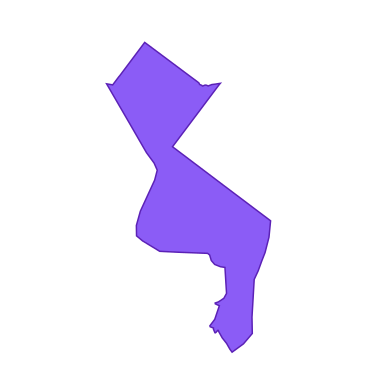 the district of Al Dibab, South Kordufan, Sudan, rotated 217°
{"feature_id": "16777658B84287593257313", "entity_name": "Al Dibab", "entity_type": "district", "adm_level": 2, "iso_a3": "SDN", "parent_name": "Sudan", "parent_adm1": "South Kordufan", "projection": "orthographic", "projection_center": [28.672, 10.319], "detail": "fine", "context": "isolated", "style": "filled", "palette": "violet", "viewbox_px": 384, "rotation_deg": 217, "n_neighbors": 0, "source": "geoboundaries", "source_scale": "gbopen_adm2", "svg_char_len": 1214}
<svg xmlns="http://www.w3.org/2000/svg" viewBox="0 0 384 384"><g transform="rotate(217 192 192)"><path d="M89.7,159.6L91.7,168.9L94.8,179.0L97.2,187.6L103.3,202.2L111.9,216.3L133.7,216.3L159.0,216.3L171.7,216.3L227.6,216.4L234.8,216.4L234.8,218.5L234.9,287.9L234.9,294.1L234.8,295.8L236.2,294.4L238.1,292.4L238.5,292.0L240.8,289.8L241.6,288.5L242.1,287.8L242.6,286.9L242.9,286.4L244.0,286.2L244.7,286.0L245.9,285.3L246.7,284.0L247.2,283.1L247.9,282.9L248.4,283.1L249.0,282.9L249.8,282.7L250.4,282.5L251.1,282.7L251.8,283.1L252.4,283.3L253.3,283.3L271.0,283.2L319.8,283.0L319.7,242.4L319.7,240.9L319.8,240.5L319.8,230.3L319.8,229.8L320.1,229.7L325.3,227.0L286.9,210.8L252.0,196.0L239.7,192.3L232.9,188.5L229.0,179.1L221.7,145.6L216.3,131.8L209.9,123.6L202.0,123.2L182.1,125.2L177.8,128.1L166.2,136.0L142.6,152.4L140.0,152.3L135.4,148.9L130.3,147.8L124.4,149.4L120.3,151.6L103.4,131.8L102.6,126.3L104.1,122.0L104.8,120.1L106.7,117.3L106.1,116.7L101.7,117.6L97.2,104.0L97.2,95.9L96.4,95.3L93.0,96.3L92.4,95.4L89.0,93.4L88.5,93.7L88.3,94.9L88.2,96.9L87.6,97.3L86.9,96.7L80.1,93.7L73.3,91.9L67.0,89.2L63.6,88.2L59.5,101.7L58.7,115.3L68.8,128.2L89.7,159.6Z" fill="#8b5cf6" stroke="#5b21b6" stroke-width="1.5"/></g></svg>